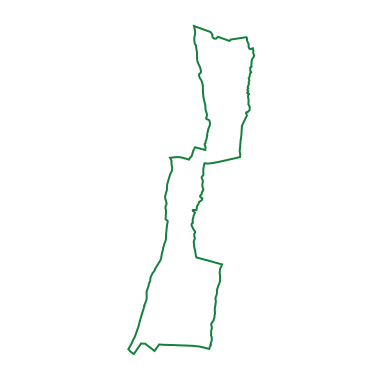 outline of Santa Cruz Quilehtla, Tlaxcala, Mexico, rotated 274°
{"feature_id": "50627088B84143301637451", "entity_name": "Santa Cruz Quilehtla", "entity_type": "district", "adm_level": 2, "iso_a3": "MEX", "parent_name": "Mexico", "parent_adm1": "Tlaxcala", "projection": "albers", "projection_center": [-98.204, 19.212], "detail": "fine", "context": "isolated", "style": "outline", "palette": "green", "viewbox_px": 384, "rotation_deg": 274, "n_neighbors": 0, "source": "geoboundaries", "source_scale": "gbopen_adm2", "svg_char_len": 5856}
<svg xmlns="http://www.w3.org/2000/svg" viewBox="0 0 384 384"><g transform="rotate(274 192 192)"><path d="M132.3,167.0L132.1,167.0L131.4,166.8L129.8,166.5L127.2,166.1L124.3,165.9L122.8,165.6L121.6,165.2L120.6,164.8L119.5,164.0L117.5,163.1L114.0,161.2L112.1,160.4L110.3,159.8L108.3,158.3L104.9,157.0L103.9,156.7L102.6,156.5L101.5,156.5L100.7,156.5L99.4,156.1L97.8,155.6L95.8,155.3L93.7,154.8L93.4,154.7L92.0,154.3L89.5,153.7L88.1,153.7L86.5,153.9L84.1,154.2L81.6,154.1L79.1,153.5L75.3,152.2L75.2,152.5L68.5,151.0L68.3,150.9L58.8,148.8L54.0,148.0L53.3,147.8L51.6,147.3L45.8,145.7L43.7,145.1L38.8,143.0L38.3,143.0L36.6,142.3L33.1,140.6L30.7,139.5L29.3,140.9L28.3,142.1L27.8,142.8L26.3,145.3L33.2,149.3L37.3,151.7L37.3,153.8L37.4,155.9L37.2,156.1L33.0,162.5L32.2,163.7L30.8,165.7L34.8,168.1L36.7,169.3L37.6,169.9L37.6,171.4L37.6,173.3L37.6,175.6L37.9,180.3L38.1,187.3L38.2,190.9L38.4,196.0L38.4,196.6L38.5,200.6L38.6,204.2L38.4,207.9L38.4,209.8L37.6,215.1L37.4,216.0L36.8,219.4L36.7,220.1L37.3,220.4L37.9,220.4L38.6,220.6L39.6,221.1L40.2,221.3L40.8,221.5L40.9,221.1L41.3,221.0L42.1,221.3L43.0,221.4L44.2,221.8L45.7,222.1L46.8,221.9L47.7,221.9L49.2,221.6L49.9,221.1L51.5,220.9L52.1,221.0L52.7,221.0L53.1,220.9L53.9,220.8L54.7,220.8L55.7,221.0L56.5,221.1L57.0,221.3L57.7,221.2L58.4,221.1L59.3,221.0L60.0,220.8L61.1,220.4L61.9,220.4L63.0,221.0L64.2,221.6L65.0,222.4L66.5,222.6L67.7,223.0L68.9,223.2L70.0,223.0L71.3,223.2L72.7,223.5L74.4,223.1L75.9,223.0L77.3,222.9L78.4,222.9L79.1,223.1L80.0,223.0L81.2,223.3L83.9,223.4L85.0,223.4L86.7,222.9L88.2,222.9L89.3,223.1L90.5,223.6L91.7,223.8L93.0,223.9L94.1,223.9L95.1,223.7L96.3,223.8L97.3,224.0L98.6,224.4L100.3,224.7L102.0,225.5L103.6,225.8L104.8,226.2L106.8,226.1L108.6,226.0L109.4,225.9L110.8,225.8L112.6,225.3L114.5,225.2L115.5,225.3L116.6,225.3L118.0,225.7L118.9,226.1L120.0,226.5L120.9,226.7L121.9,227.0L122.2,225.4L122.9,221.8L122.9,221.5L123.3,219.6L123.8,217.4L124.4,214.6L124.9,212.0L126.0,206.2L127.0,201.0L128.6,200.3L130.3,200.0L131.7,199.6L133.9,199.2L136.8,198.2L138.7,197.8L140.3,197.6L141.8,197.3L143.0,197.2L145.0,197.9L146.1,198.1L148.1,197.3L149.3,197.3L150.2,197.1L151.0,197.6L151.9,198.0L153.0,197.7L153.8,197.0L154.4,196.4L155.4,195.8L156.5,195.2L157.7,194.4L158.8,193.9L159.8,193.8L160.6,194.1L161.1,194.9L162.2,194.9L163.5,194.6L164.5,194.6L165.7,194.9L166.7,195.1L168.5,195.3L169.6,195.6L170.9,196.2L171.7,196.3L172.5,195.5L172.9,194.5L173.6,194.0L174.1,194.2L174.2,195.2L174.2,196.0L174.2,197.2L174.4,197.7L175.4,197.9L176.2,197.8L177.5,197.9L178.6,198.2L179.6,198.7L180.4,199.2L181.7,199.6L182.7,199.9L183.6,201.1L184.3,202.1L185.1,202.6L185.9,202.7L186.6,202.6L186.9,202.0L187.3,200.8L188.7,200.4L189.5,200.9L190.4,201.7L191.9,201.8L192.7,202.0L194.0,202.7L195.1,203.2L196.5,202.8L197.8,202.1L200.0,201.8L201.4,201.9L202.9,202.0L204.0,202.1L204.8,201.7L206.6,200.7L207.8,200.7L209.6,202.1L211.0,202.1L213.0,201.8L216.2,201.7L220.6,202.3L221.5,202.5L221.5,203.5L221.5,204.4L221.4,204.6L221.5,205.4L221.5,206.1L221.6,206.9L221.8,207.8L221.9,208.4L222.4,210.7L222.6,211.7L222.9,212.7L223.1,213.3L223.2,213.9L223.6,215.5L223.8,216.1L224.0,216.8L224.3,218.0L224.5,218.5L224.6,219.1L225.0,220.3L225.3,221.3L225.8,223.0L226.7,226.0L227.2,227.7L227.6,229.0L228.4,231.7L228.9,233.4L229.4,234.8L230.1,237.4L232.3,237.6L236.1,236.7L238.5,236.8L246.7,236.9L249.8,237.2L252.8,237.3L261.6,237.2L270.1,240.6L271.5,241.3L273.2,241.2L274.4,240.4L275.3,240.6L275.6,241.5L275.7,242.0L277.7,243.7L279.7,243.7L281.0,243.6L283.2,242.2L285.6,242.1L288.0,242.0L290.4,241.3L292.3,241.3L293.5,242.1L294.0,241.9L294.2,241.3L294.2,240.7L294.8,240.2L296.0,241.0L296.7,241.1L297.3,240.2L298.1,240.2L298.7,240.5L299.4,240.9L300.1,240.3L301.0,240.4L301.9,240.7L304.2,241.2L305.8,240.9L307.2,241.5L308.4,241.0L309.4,240.6L310.2,241.2L313.5,241.6L314.4,241.7L315.2,242.1L315.4,242.7L316.0,242.5L316.5,241.9L317.5,241.6L318.9,241.5L320.3,241.4L320.6,241.8L321.1,242.7L322.6,242.3L324.4,242.4L326.1,242.3L328.0,242.6L329.6,243.1L331.0,244.1L332.5,244.5L334.2,243.6L335.9,243.3L337.1,243.4L339.6,242.6L339.4,242.1L338.7,240.8L338.7,239.9L339.1,239.3L339.7,238.8L340.6,238.4L341.7,238.2L343.5,238.2L345.3,237.1L347.2,236.3L349.1,236.1L350.0,235.8L350.2,235.3L348.5,227.8L346.8,220.0L345.5,219.2L345.4,218.5L345.8,217.0L346.1,216.1L348.6,207.0L346.7,205.3L346.5,203.5L347.8,201.7L348.8,201.4L350.5,201.4L352.9,199.3L357.7,182.4L354.7,183.3L352.6,183.8L350.5,184.1L348.1,183.8L345.8,183.5L343.3,183.7L340.2,184.4L338.6,185.7L335.7,186.2L330.9,187.4L328.5,187.4L326.1,187.7L324.3,187.9L322.0,188.6L318.9,190.2L316.9,191.4L313.5,192.5L311.6,192.4L310.7,191.5L310.0,190.9L308.2,191.0L307.1,191.5L305.9,192.1L304.2,193.5L302.2,194.3L299.3,195.3L296.5,195.6L292.1,196.0L287.2,196.8L283.6,197.9L279.1,199.3L277.9,199.4L275.4,199.7L272.3,200.8L270.9,201.4L270.0,201.6L267.8,201.3L267.3,201.0L266.6,201.0L266.0,201.3L265.7,201.7L265.4,202.7L265.0,203.8L264.3,204.4L263.3,204.8L262.0,205.1L260.6,205.2L259.5,205.0L258.4,204.7L257.1,204.2L254.9,203.7L253.3,203.5L251.6,203.2L248.8,203.1L246.9,202.9L246.2,202.8L245.0,202.6L243.9,202.1L242.6,202.1L241.6,202.0L240.6,201.2L237.7,202.4L234.9,202.3L235.0,201.4L236.8,192.4L236.9,192.0L234.5,190.9L233.0,190.3L230.8,189.9L228.9,189.4L227.3,188.9L226.2,187.7L224.1,186.7L225.0,182.9L225.1,182.0L225.3,181.3L225.3,181.1L225.7,179.0L225.9,176.3L225.6,173.3L224.6,167.7L221.7,169.4L218.0,169.7L214.5,170.6L211.7,170.4L208.2,169.0L203.4,167.9L197.7,166.7L192.2,166.8L187.2,165.7L185.0,165.5L183.2,165.9L180.7,166.9L179.1,167.4L178.2,167.4L176.5,166.9L175.4,166.6L173.6,166.7L172.0,167.3L169.4,167.6L166.9,167.4L165.1,167.6L163.3,167.5L162.7,167.8L161.6,169.6L160.9,169.9L158.1,169.5L154.9,169.3L151.4,169.2L150.0,169.2L147.9,169.1L145.9,169.2L144.3,169.3L142.6,169.2L141.0,168.9L138.8,168.1L136.1,167.6L134.1,167.1L133.1,167.1L132.3,167.0Z" fill="none" stroke="#15803d" stroke-width="2"/></g></svg>